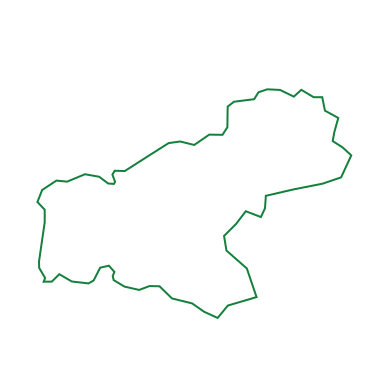 outline of Cheshire East, rotated 190°
{"feature_id": "GBR-5706", "entity_name": "Cheshire East", "entity_type": "Unitary Authority", "adm_level": 1, "iso_a3": "GBR", "parent_name": "United Kingdom", "parent_adm1": "", "projection": "robinson", "projection_center": [-2.299, 53.164], "detail": "fine", "context": "isolated", "style": "outline", "palette": "green", "viewbox_px": 384, "rotation_deg": 190, "n_neighbors": 0, "source": "natural_earth", "source_scale": "10m", "svg_char_len": 1031}
<svg xmlns="http://www.w3.org/2000/svg" viewBox="0 0 384 384"><g transform="rotate(190 192 192)"><path d="M322.5,77.9L321.7,81.8L329.3,90.7L330.6,97.0L331.8,136.6L334.0,149.0L342.5,155.3L339.9,168.0L327.5,179.7L316.8,180.5L300.5,190.9L286.1,190.9L276.0,185.8L270.3,186.4L269.5,188.6L273.4,195.3L271.8,199.5L261.8,201.0L241.5,219.7L224.7,235.0L223.5,236.1L212.4,239.7L198.0,238.7L185.0,251.5L171.9,253.6L168.4,261.9L171.7,282.3L166.3,288.2L146.9,294.2L143.8,301.8L135.7,306.2L123.0,307.8L108.3,303.6L102.1,311.6L88.7,306.5L80.2,308.0L75.2,295.2L60.8,290.3L62.2,276.0L62.3,266.6L51.3,262.0L41.5,255.7L47.7,232.3L64.8,222.9L92.9,212.0L118.6,201.1L117.3,188.6L119.8,179.3L135.7,182.4L143.0,168.3L152.8,154.3L147.9,140.3L124.7,126.2L110.2,99.7L137.0,86.4L142.5,76.6L144.9,72.4L159.4,76.2L172.5,82.3L193.2,83.7L207.6,93.5L217.5,92.0L227.0,86.4L242.0,87.1L253.8,91.6L255.5,95.5L254.5,99.8L261.0,105.0L269.3,101.5L273.5,87.8L278.0,84.0L294.9,83.0L308.4,88.0L314.5,79.4L322.5,77.9Z" fill="none" stroke="#15803d" stroke-width="2"/></g></svg>